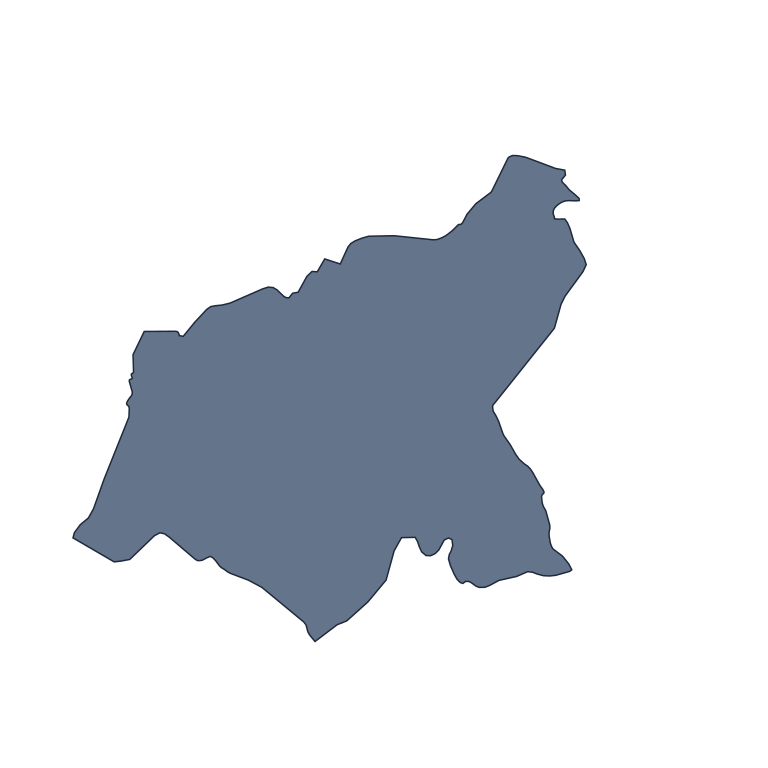 SVG path tracing the border of Wasit, rotated 112°
{"feature_id": "IRQ-3227", "entity_name": "Wasit", "entity_type": "Province", "adm_level": 1, "iso_a3": "IRQ", "parent_name": "Iraq", "parent_adm1": "", "projection": "natural_earth1", "projection_center": [45.642, 32.719], "detail": "fine", "context": "isolated", "style": "filled", "palette": "slate", "viewbox_px": 768, "rotation_deg": 112, "n_neighbors": 0, "source": "natural_earth", "source_scale": "10m", "svg_char_len": 2919}
<svg xmlns="http://www.w3.org/2000/svg" viewBox="0 0 768 768"><g transform="rotate(112 384 384)"><path d="M485.9,140.3L486.9,140.9L487.7,141.3L488.4,141.9L497.0,153.0L499.9,158.4L502.0,164.3L502.8,170.7L502.9,175.9L504.2,180.5L512.8,189.0L523.0,203.8L531.1,210.5L534.7,214.3L536.9,219.5L537.0,222.8L535.5,228.8L535.3,231.4L536.4,234.3L539.4,236.2L539.5,239.0L537.7,243.1L534.2,247.5L527.4,254.5L522.0,258.7L517.8,259.6L513.6,259.2L507.9,259.8L502.8,262.7L502.6,266.5L506.1,269.7L517.4,271.0L522.2,273.1L525.8,276.5L527.3,280.8L525.6,286.1L521.8,290.2L517.6,293.8L514.5,297.6L519.9,310.2L534.9,312.1L565.0,308.6L592.1,317.3L617.6,329.8L624.8,337.3L648.6,351.5L644.7,358.7L642.3,361.8L636.7,365.9L634.8,369.0L618.3,421.1L616.7,436.2L617.1,455.3L616.8,458.6L615.9,461.8L615.1,466.3L614.3,468.3L610.8,474.1L609.2,477.7L608.9,480.4L611.2,482.9L615.4,486.4L616.6,488.3L617.6,490.8L617.2,493.5L606.5,525.6L605.1,531.3L605.9,536.0L610.6,540.0L641.9,554.0L646.9,561.8L650.0,567.6L643.2,614.7L637.8,615.4L628.2,612.9L618.9,607.9L608.7,606.6L576.8,607.9L510.2,608.1L501.7,611.2L500.3,612.4L499.4,614.8L498.2,615.4L496.4,615.5L492.4,614.7L490.0,613.9L487.8,613.7L485.7,614.4L476.8,621.3L475.6,621.6L474.3,620.6L473.6,619.8L472.9,619.5L472.3,619.9L471.1,621.2L470.1,621.8L469.1,621.9L467.9,620.9L466.5,620.8L450.8,627.7L425.1,626.0L413.1,596.8L412.9,594.9L413.9,593.4L415.8,591.8L415.0,588.0L397.3,582.5L381.2,576.3L377.1,573.6L374.6,569.7L371.5,563.8L366.8,557.2L341.3,532.2L337.5,527.6L336.1,522.9L336.8,518.4L340.2,510.0L340.6,507.0L339.7,504.4L334.0,502.7L331.1,498.0L313.0,495.8L306.6,492.9L305.0,487.9L290.2,485.8L289.8,479.3L289.1,469.5L285.7,469.4L270.5,468.7L266.2,467.4L262.1,464.4L257.2,459.3L252.7,453.5L242.7,430.1L231.9,392.5L230.3,389.1L226.8,385.2L223.2,382.2L216.6,378.3L208.3,374.7L207.0,372.3L204.8,371.5L195.5,370.6L182.5,366.4L166.3,356.7L164.6,356.3L128.4,353.7L126.8,353.1L125.6,352.1L123.9,350.3L122.2,345.4L120.7,337.7L119.9,305.9L118.0,296.5L122.3,294.0L127.9,295.8L128.7,295.4L129.8,294.6L130.8,292.7L132.0,289.6L134.5,285.2L137.1,277.1L138.9,272.6L140.8,271.7L142.3,274.6L144.5,280.8L145.8,283.6L147.5,285.9L149.5,287.8L151.8,289.4L154.4,290.8L157.3,291.8L160.2,291.9L162.9,290.8L165.8,288.3L167.0,287.8L165.5,283.1L164.7,281.6L163.3,278.2L165.7,274.4L170.2,269.8L181.3,261.0L187.0,252.4L192.7,245.3L197.6,241.2L205.3,241.6L234.7,249.0L243.7,249.7L268.4,246.9L348.4,270.7L363.3,275.2L365.3,274.3L368.3,272.6L371.5,268.3L375.6,263.8L385.4,255.2L387.1,253.3L393.0,244.2L399.7,235.8L403.1,230.6L405.5,224.0L406.5,219.6L408.1,216.2L410.6,212.6L419.5,201.6L422.4,197.1L423.8,195.5L425.0,194.9L426.0,195.2L427.1,195.7L428.0,195.9L429.2,195.8L433.0,193.9L436.0,192.0L438.2,189.9L440.9,186.5L452.8,177.4L454.9,176.5L456.4,175.9L457.8,175.8L459.9,175.3L463.0,174.0L469.0,170.3L471.7,168.0L473.6,165.6L476.6,154.4L477.6,152.4L481.6,145.3L485.9,140.3Z" fill="#64748b" stroke="#1e293b" stroke-width="1.5"/></g></svg>